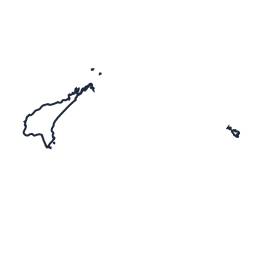 outline of Phu Quoc, Kiên Giang, Vietnam, rotated 236°
{"feature_id": "81297802B871478188231", "entity_name": "Phu Quoc", "entity_type": "district", "adm_level": 2, "iso_a3": "VNM", "parent_name": "Vietnam", "parent_adm1": "Kiên Giang", "projection": "mercator", "projection_center": [103.915, 9.853], "detail": "fine", "context": "isolated", "style": "outline", "palette": "slate", "viewbox_px": 256, "rotation_deg": 236, "n_neighbors": 0, "source": "geoboundaries", "source_scale": "gbopen_adm2", "svg_char_len": 5566}
<svg xmlns="http://www.w3.org/2000/svg" viewBox="0 0 256 256"><g transform="rotate(236 128 128)"><path d="M187.0,44.6L186.4,44.2L185.5,43.4L183.0,39.2L181.8,38.7L181.2,38.6L180.3,38.9L179.6,39.0L179.1,39.2L177.9,40.5L177.7,41.1L177.7,42.5L177.5,43.4L177.0,44.8L176.7,45.2L176.1,45.4L175.1,45.6L174.4,45.9L173.9,46.2L173.3,48.9L172.4,51.0L171.3,52.1L170.6,52.6L170.2,52.7L169.7,52.6L169.3,52.2L168.8,52.3L168.6,52.1L166.5,51.7L166.1,51.5L165.6,51.4L165.1,51.1L164.3,51.0L164.1,50.9L162.8,50.9L162.0,50.5L160.8,50.5L160.5,50.3L160.2,50.3L159.6,49.9L159.4,50.0L159.1,50.4L158.8,50.4L158.6,50.3L158.3,50.0L157.5,49.8L157.3,49.9L157.2,50.0L157.5,50.5L157.5,51.0L157.0,51.3L156.9,51.8L156.7,51.8L156.8,52.0L156.7,52.2L156.9,52.4L157.2,52.4L157.9,52.9L158.2,53.4L158.6,54.4L159.0,56.1L159.4,57.9L160.3,60.0L160.1,60.5L160.7,60.9L160.9,61.5L161.1,61.5L161.0,61.0L161.4,60.7L162.0,60.6L162.4,60.7L163.0,60.9L164.0,61.4L164.8,62.3L165.1,63.1L165.7,63.3L166.6,63.4L167.8,63.0L168.9,63.5L169.7,64.2L170.2,64.9L170.6,65.7L171.0,66.5L171.1,67.0L171.4,67.5L171.9,67.8L172.4,68.4L172.9,68.6L173.1,69.0L173.6,69.7L173.7,70.2L174.1,70.6L174.4,71.2L175.2,73.8L175.4,74.2L175.4,74.5L175.6,74.8L176.0,76.1L176.5,78.3L176.5,78.7L176.7,79.0L179.6,92.5L180.5,98.8L180.4,99.4L180.6,99.8L180.5,100.4L180.8,100.6L181.0,100.6L181.2,100.8L181.5,100.7L181.8,100.8L182.1,101.2L182.4,102.2L182.4,102.9L183.0,103.4L183.0,104.1L183.2,104.4L183.3,105.1L183.2,105.3L183.3,105.5L183.2,105.9L183.5,106.3L184.0,106.2L184.2,105.4L184.8,105.1L185.3,105.1L185.6,105.1L186.1,105.5L186.7,106.2L187.0,105.6L187.6,105.4L187.8,105.4L188.0,105.6L188.1,105.9L188.3,106.2L188.6,106.3L188.8,106.7L189.8,107.1L189.8,106.6L189.4,106.0L189.1,105.7L188.8,106.0L188.3,105.8L188.0,105.4L187.9,104.8L187.4,104.3L186.6,103.2L186.6,102.4L186.9,101.8L187.2,101.6L187.7,101.8L187.7,101.7L187.9,101.6L187.3,101.0L187.3,99.7L187.5,99.1L187.8,98.6L188.0,98.5L188.4,98.5L188.4,98.0L188.5,97.5L188.5,97.3L188.3,97.1L188.1,97.0L187.4,96.9L187.1,96.5L186.2,95.8L186.0,96.2L185.7,96.3L185.4,96.2L184.9,95.8L184.5,95.0L184.7,94.8L184.9,94.9L185.8,93.8L185.8,92.5L186.0,91.5L186.6,90.8L186.9,90.6L187.5,89.4L187.0,88.1L186.6,87.6L186.6,86.9L186.8,86.2L187.4,85.2L188.5,84.4L188.4,84.3L188.6,84.0L189.4,80.5L189.4,80.2L190.4,77.0L191.1,75.9L191.6,75.5L191.8,75.6L192.0,75.5L192.2,75.1L192.4,75.1L192.6,74.8L193.1,73.7L193.6,71.9L193.9,70.9L194.2,70.3L194.1,69.6L194.1,68.7L193.9,68.1L193.8,67.5L193.4,66.6L193.2,65.3L193.2,64.3L193.7,63.0L193.8,62.0L194.1,61.1L194.1,60.9L194.0,60.4L193.2,57.9L193.2,57.4L193.0,56.8L192.9,56.2L192.9,55.1L193.2,54.3L193.7,53.7L194.1,53.6L194.1,53.3L193.6,51.9L193.7,51.3L193.8,51.3L193.9,50.9L193.6,50.5L193.1,49.9L193.1,49.7L192.8,49.5L192.7,49.2L191.7,48.3L191.3,47.7L191.1,47.0L190.6,46.5L190.6,46.2L191.1,46.0L191.1,45.7L190.8,45.7L190.5,46.1L190.4,46.1L189.8,45.9L188.5,44.6L188.3,44.2L188.0,44.1L187.6,44.1L187.5,44.5L187.3,44.6L187.0,44.6ZM64.0,212.4L63.1,212.1L62.6,212.1L61.6,212.7L59.9,213.3L59.4,213.7L59.2,214.0L59.2,214.4L59.5,214.6L59.9,214.7L61.1,214.2L61.5,214.2L61.7,214.5L61.8,215.1L61.2,216.0L61.2,216.3L61.5,217.1L61.9,217.4L62.0,217.4L62.6,217.2L63.2,217.4L63.4,217.3L64.2,216.3L64.6,215.6L65.5,215.3L66.1,214.7L66.5,214.4L67.0,214.3L67.3,214.1L67.2,213.4L67.3,212.5L67.1,212.3L66.8,212.2L65.4,212.2L64.0,212.4ZM184.1,112.8L183.9,112.6L183.5,112.8L183.5,113.3L183.4,113.4L183.8,113.5L183.9,113.9L183.8,114.2L183.6,114.4L183.8,114.6L184.0,114.8L184.0,115.2L183.7,115.3L183.6,115.6L183.6,115.8L184.0,116.0L184.1,116.3L184.3,116.1L184.6,116.3L184.7,116.5L185.0,117.0L185.3,117.1L185.5,116.8L185.7,116.7L185.8,116.2L185.8,115.9L185.3,115.7L185.1,115.3L185.2,114.9L185.4,114.7L185.4,114.4L185.4,114.0L184.7,112.9L184.4,112.9L184.1,112.8ZM185.5,111.7L185.6,111.3L185.4,111.0L185.0,110.7L184.9,110.4L184.5,110.2L184.0,110.3L184.1,110.8L184.5,111.2L184.6,111.9L185.2,112.0L185.7,112.6L185.9,112.7L186.0,112.5L185.7,111.8L185.5,111.7ZM70.8,213.3L71.0,213.2L71.2,212.1L70.5,211.5L70.3,211.5L69.5,212.2L69.4,212.4L69.6,212.5L70.2,212.7L70.6,213.2L70.8,213.3ZM184.0,109.1L184.0,108.6L183.7,108.1L183.0,107.6L183.0,108.8L183.5,109.3L184.0,109.1ZM184.8,118.9L185.4,118.5L185.5,118.3L185.2,118.0L184.6,118.0L184.3,118.3L184.4,118.7L184.8,118.9ZM196.2,131.9L196.7,131.4L196.8,130.7L196.6,130.6L196.2,130.7L196.0,131.0L196.0,131.3L196.1,131.5L196.2,131.9ZM182.3,119.9L182.2,119.7L181.7,119.8L181.4,119.9L181.3,120.1L181.5,120.3L181.9,120.4L182.4,120.9L182.3,120.1L182.3,119.9ZM180.9,121.2L180.4,121.0L180.1,121.2L179.8,121.2L179.8,121.4L180.0,121.7L180.5,121.8L180.9,121.6L180.9,121.4L181.2,121.3L181.2,121.2L180.9,121.2ZM72.6,211.7L72.4,211.1L72.3,210.6L72.2,210.4L71.9,210.8L72.3,211.5L72.6,211.7ZM184.5,121.2L184.2,121.2L183.7,121.1L183.5,121.4L183.8,121.6L184.1,121.5L184.3,121.7L184.5,121.2ZM185.4,120.4L185.4,120.1L185.1,120.0L185.1,120.4L185.3,120.5L185.8,120.8L185.9,120.6L185.7,120.3L185.6,120.2L185.4,120.4ZM66.2,215.9L66.4,215.7L66.3,215.4L65.9,215.4L65.7,215.5L65.8,215.8L66.2,215.9ZM188.9,135.3L188.9,135.1L188.6,134.9L188.6,135.2L188.3,135.5L188.5,135.7L188.9,135.3ZM187.2,107.6L186.3,106.9L186.3,107.0L186.4,107.3L187.1,107.7L187.2,108.0L187.3,108.1L187.2,107.9L187.2,107.6ZM154.7,52.4L154.6,52.5L155.0,52.8L155.1,52.5L154.7,52.4ZM156.8,58.2L156.6,58.3L156.7,58.5L157.0,58.6L157.1,58.3L156.8,58.2ZM188.2,109.2L188.3,108.9L188.0,108.8L187.4,108.2L187.7,108.9L188.2,109.2ZM185.2,122.3L185.5,122.0L185.4,121.7L185.2,121.8L185.2,122.2L185.1,122.3L185.2,122.3ZM179.2,120.3L179.2,119.8L179.0,120.2L178.7,120.3L179.0,120.4L179.2,120.3Z" fill="none" stroke="#1e293b" stroke-width="2"/></g></svg>